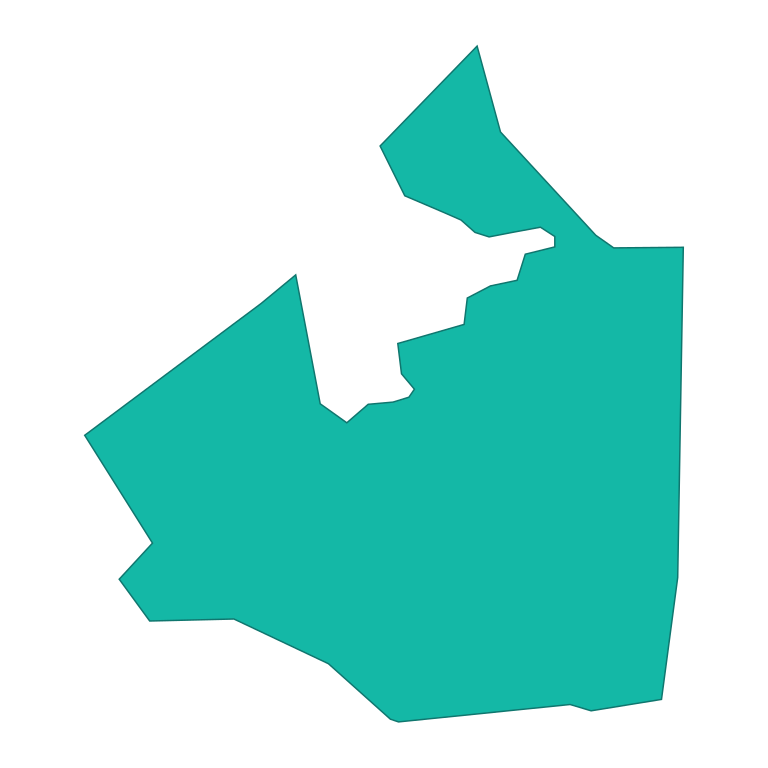 outline of Kidal, Kidal, Mali
{"feature_id": "8926073B1219027063836", "entity_name": "Kidal", "entity_type": "district", "adm_level": 2, "iso_a3": "MLI", "parent_name": "Mali", "parent_adm1": "Kidal", "projection": "robinson", "projection_center": [1.27, 18.544], "detail": "fine", "context": "isolated", "style": "filled", "palette": "teal", "viewbox_px": 768, "rotation_deg": 0, "n_neighbors": 0, "source": "geoboundaries", "source_scale": "gbopen_adm2", "svg_char_len": 646}
<svg xmlns="http://www.w3.org/2000/svg" viewBox="0 0 768 768"><path d="M398.5,721.9L570.1,704.5L591.1,710.8L661.5,699.4L677.7,577.5L683.3,247.3L613.7,247.9L595.8,235.3L500.5,132.0L477.1,46.1L380.1,146.0L404.8,195.8L442.5,211.9L461.0,220.0L475.0,232.4L489.1,236.9L512.3,232.4L540.4,227.2L554.8,236.5L554.8,246.9L525.3,254.2L517.1,280.3L490.5,285.9L467.3,298.0L464.1,324.4L397.8,343.5L401.5,373.8L414.4,389.2L408.9,397.2L393.0,402.1L368.2,404.3L346.8,422.8L320.2,403.8L295.7,274.9L261.1,303.5L84.7,435.3L152.5,543.1L119.2,579.2L149.7,621.0L233.9,619.0L328.4,663.7L390.4,719.2L398.5,721.9Z" fill="#14b8a6" stroke="#0f766e" stroke-width="1.5"/></svg>